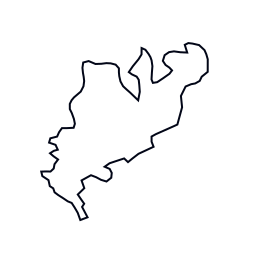 outline of Novo Xingu, Rio Grande do Sul, Brazil, rotated 74°
{"feature_id": "56859067B34726343619953", "entity_name": "Novo Xingu", "entity_type": "district", "adm_level": 2, "iso_a3": "BRA", "parent_name": "Brazil", "parent_adm1": "Rio Grande do Sul", "projection": "natural_earth1", "projection_center": [-53.062, -27.74], "detail": "fine", "context": "isolated", "style": "outline", "palette": "ink", "viewbox_px": 256, "rotation_deg": 74, "n_neighbors": 0, "source": "geoboundaries", "source_scale": "gbopen_adm2", "svg_char_len": 1652}
<svg xmlns="http://www.w3.org/2000/svg" viewBox="0 0 256 256"><g transform="rotate(74 128 128)"><path d="M96.0,35.9L91.5,34.6L83.9,32.4L78.7,32.4L74.2,33.0L67.9,36.8L64.6,42.8L63.0,46.6L63.7,50.5L71.8,50.3L69.6,56.8L67.0,62.7L66.4,67.6L68.1,72.7L73.1,76.0L77.8,74.5L81.3,71.6L84.8,69.8L87.3,73.2L89.9,80.7L92.0,87.3L91.5,91.6L87.8,92.0L80.9,89.6L75.3,87.5L69.6,86.7L66.1,86.9L62.6,87.8L57.6,89.7L54.9,92.9L61.0,94.7L64.8,98.9L70.0,106.4L74.5,111.8L77.6,109.4L81.0,105.5L84.6,104.4L89.8,105.3L96.5,106.7L104.2,110.6L94.7,116.1L90.5,118.8L86.5,121.2L81.1,122.4L75.8,122.1L72.0,121.4L68.1,120.3L63.7,122.4L61.1,126.8L59.7,130.9L58.9,136.0L57.5,141.6L52.8,147.4L52.7,153.0L57.6,155.2L62.6,156.1L66.6,156.5L70.8,157.2L75.6,159.3L80.0,163.4L82.1,168.0L83.7,171.5L85.8,174.6L88.8,177.3L93.8,178.7L98.3,177.9L104.4,177.5L109.3,177.9L112.8,180.2L111.2,187.1L109.9,191.5L113.0,195.4L116.7,198.5L116.5,205.5L120.3,207.9L124.2,202.3L129.5,201.5L129.5,205.6L130.8,209.9L134.6,207.4L139.0,203.9L142.5,208.6L146.5,210.6L148.5,214.5L147.2,218.6L146.0,223.4L150.6,223.6L156.2,218.8L162.3,219.2L165.4,216.5L169.6,216.3L173.3,213.5L177.7,209.6L181.9,206.1L184.5,202.8L189.8,201.2L195.7,199.7L203.3,199.2L202.7,191.5L191.2,193.9L188.7,191.0L184.1,192.6L178.1,194.6L173.8,186.6L165.6,187.1L163.2,176.6L166.5,172.2L170.4,168.2L173.5,163.4L171.2,157.8L166.7,156.0L162.3,156.9L158.8,161.1L156.8,155.4L156.5,148.0L156.2,140.1L160.8,137.4L158.6,132.3L155.7,125.0L153.1,108.6L147.7,109.1L142.7,107.7L141.6,102.9L138.9,83.6L138.3,79.6L123.0,70.3L111.8,68.3L104.0,61.2L103.3,55.2L103.7,51.1L102.5,46.1L99.0,43.0L96.0,35.9Z" fill="none" stroke="#020617" stroke-width="2"/></g></svg>